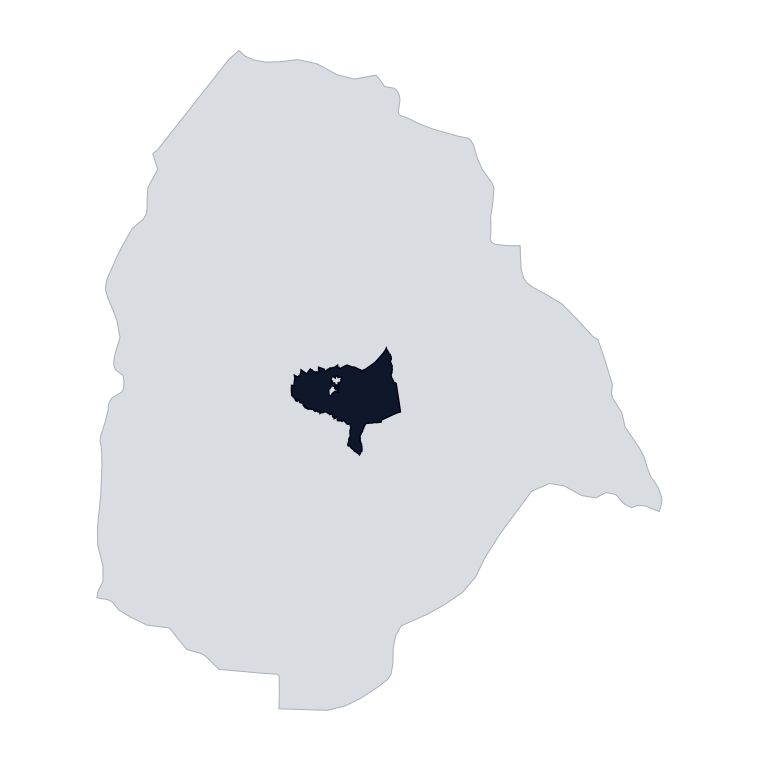 location of Kwekwe, Midlands, Zimbabwe, rotated 182°
{"feature_id": "62879985B25079588336993", "entity_name": "Kwekwe", "entity_type": "district", "adm_level": 2, "iso_a3": "ZWE", "parent_name": "Zimbabwe", "parent_adm1": "Midlands", "projection": "equal_earth", "projection_center": [29.733, -18.821], "detail": "fine", "context": "in_parent", "style": "filled", "palette": "ink", "viewbox_px": 768, "rotation_deg": 182, "n_neighbors": 0, "source": "geoboundaries", "source_scale": "gbopen_adm2", "svg_char_len": 8091}
<svg xmlns="http://www.w3.org/2000/svg" viewBox="0 0 768 768"><g transform="rotate(182 384 384)"><path d="M540.7,712.3L534.2,706.8L525.3,703.2L514.1,701.6L499.4,702.3L481.4,705.3L462.1,701.6L441.5,691.4L424.3,687.7L403.8,692.2L402.9,692.3L399.4,688.8L393.8,681.3L384.4,680.0L381.9,678.2L379.8,675.4L378.4,671.8L377.9,667.9L379.4,655.5L378.6,654.1L376.1,652.6L370.9,651.1L358.6,645.5L343.1,640.1L317.9,634.1L308.2,632.6L305.9,630.7L303.0,626.2L298.2,611.9L293.6,602.5L282.7,588.0L280.9,583.5L281.4,572.0L282.2,562.7L283.3,554.7L282.7,547.3L282.5,538.1L282.9,532.0L281.4,529.3L277.4,527.4L266.2,526.6L252.7,526.9L252.2,517.6L250.8,503.1L248.2,494.7L245.1,490.4L238.8,485.9L226.1,479.7L208.9,470.2L194.1,456.3L177.1,438.9L171.8,435.9L165.4,419.5L155.7,391.5L156.3,382.2L154.8,377.6L145.5,363.9L143.4,356.7L141.7,349.5L126.8,329.3L121.7,320.5L117.8,309.2L113.9,300.1L110.7,296.4L106.5,290.3L103.5,283.2L102.1,278.0L103.1,271.0L104.5,266.1L118.6,271.2L126.2,271.6L132.2,269.1L139.6,272.4L148.5,281.6L158.2,283.3L168.5,277.6L182.6,279.4L200.4,288.5L215.1,290.3L232.5,282.2L248.0,259.8L262.6,238.6L276.9,214.2L285.6,194.5L298.3,178.5L315.1,166.1L332.3,155.6L358.5,142.8L363.7,132.3L365.5,120.7L365.4,104.7L366.8,94.3L369.5,89.5L373.9,85.8L379.5,81.0L396.8,68.8L411.4,61.0L429.1,55.9L448.4,55.8L467.1,55.8L477.7,55.7L477.8,71.2L478.6,88.6L480.7,90.3L494.7,90.6L517.2,91.9L538.9,93.0L552.7,105.7L557.4,108.3L571.8,111.7L590.1,132.7L612.2,134.7L627.3,141.3L640.7,148.5L648.4,157.1L653.3,159.1L660.1,159.7L663.4,160.5L662.6,166.7L658.0,177.2L658.5,192.3L664.6,213.2L665.3,231.4L663.2,263.4L663.1,294.3L663.7,305.4L664.6,312.7L665.9,316.7L665.6,321.3L661.9,334.2L658.8,347.9L658.7,353.4L657.5,357.2L655.3,360.6L645.7,366.9L644.0,370.8L644.0,377.8L645.2,383.8L648.8,385.9L653.1,389.3L654.8,393.7L654.8,398.4L653.3,407.0L649.4,421.3L653.1,437.8L657.3,448.4L663.2,460.8L665.6,468.4L665.4,473.8L664.5,479.1L655.5,501.6L649.0,515.6L641.1,530.6L630.7,539.9L628.0,544.4L626.9,549.6L627.2,560.8L626.7,572.5L617.7,590.5L623.1,606.0L621.9,607.4L618.9,609.6L606.1,627.0L593.2,644.6L583.8,657.4L573.1,672.1L561.1,688.4L550.8,702.4L540.7,712.3Z" fill="#d9dde1" stroke="#a8b0b8" stroke-width="1"/><path d="M383.0,419.8L383.5,418.4L385.8,414.7L389.8,409.8L393.6,405.3L402.7,398.3L406.4,396.5L414.3,399.9L416.2,399.8L421.6,401.6L425.1,399.9L429.0,397.4L429.6,399.0L430.7,398.5L431.0,401.2L433.9,399.0L437.1,398.2L438.6,398.0L438.5,397.7L440.7,396.7L443.2,394.2L444.2,396.6L449.9,398.5L449.8,392.7L450.0,392.4L450.8,392.6L450.8,393.0L450.9,393.3L451.4,393.5L451.8,393.4L451.9,393.7L452.1,393.7L452.2,393.1L452.8,393.5L453.4,393.3L453.5,393.4L454.7,394.1L455.0,394.2L455.2,394.4L456.1,394.6L456.1,395.1L456.3,395.5L456.9,395.5L458.1,396.4L461.7,391.4L467.4,395.2L467.4,394.6L467.3,393.9L467.5,393.2L467.5,392.4L468.2,390.5L468.1,390.0L468.3,389.7L468.3,389.0L469.4,389.1L469.7,388.3L470.7,388.3L470.8,388.0L471.2,388.1L471.7,388.6L471.9,388.7L473.1,389.0L473.7,389.8L473.9,389.8L473.3,387.0L473.7,382.6L473.8,379.2L475.2,379.4L476.3,379.4L476.3,374.0L475.7,369.2L475.2,368.8L474.4,368.8L474.3,368.6L474.2,367.8L473.8,367.8L473.4,367.1L473.1,367.1L472.4,366.5L472.0,365.9L472.3,365.7L471.9,365.1L471.8,364.5L471.6,364.2L471.2,364.2L470.6,363.8L470.1,363.7L469.7,364.2L469.6,364.6L468.9,364.9L468.5,365.0L468.5,364.7L468.1,364.4L468.0,364.1L467.7,363.6L467.5,362.7L467.4,362.6L467.1,362.9L466.8,362.6L466.5,362.6L466.0,362.2L465.7,362.5L465.3,362.3L465.0,362.4L464.7,362.3L464.2,361.1L464.1,360.4L464.0,360.1L463.6,359.5L462.3,358.2L462.2,357.9L461.8,357.4L461.3,357.4L460.3,356.9L459.6,356.9L459.3,356.3L458.8,356.5L458.2,356.2L457.4,356.8L456.9,356.4L456.3,356.6L456.1,356.2L455.9,356.1L455.6,356.3L455.4,356.2L453.9,356.6L453.6,356.2L453.7,355.7L453.5,355.3L453.1,355.1L452.6,355.3L452.4,355.0L452.3,354.4L451.5,354.2L451.1,354.4L450.9,354.7L450.7,355.3L450.0,355.7L449.8,355.5L449.7,354.8L449.3,354.0L449.0,353.9L448.2,354.1L447.9,353.9L447.3,353.4L447.0,352.5L446.8,352.8L446.4,352.8L445.3,353.7L444.9,353.2L444.3,353.8L444.1,353.8L443.8,353.3L443.7,353.3L443.3,353.9L443.3,354.6L443.1,354.8L442.5,354.7L442.4,354.6L442.3,354.1L442.1,353.9L441.7,354.0L440.9,354.7L440.7,354.0L440.4,353.9L440.3,354.0L439.9,353.4L439.3,353.2L438.9,352.8L438.6,353.0L438.4,353.5L438.2,353.5L438.1,353.2L438.1,352.8L437.8,352.2L437.2,351.6L436.7,351.8L436.6,352.5L436.3,352.7L436.1,352.6L435.8,352.3L435.2,351.9L434.6,352.0L434.4,351.7L434.2,350.6L434.3,350.0L434.2,349.7L433.7,349.2L433.3,349.5L432.8,349.5L432.8,349.1L432.5,348.7L432.4,348.5L432.6,347.7L431.5,348.0L431.1,348.4L430.6,349.1L430.1,349.1L429.5,348.9L429.4,347.6L429.5,346.6L429.1,345.8L428.4,345.7L427.5,346.2L426.9,345.7L426.7,345.7L426.3,346.0L425.2,345.7L424.7,345.2L424.4,345.1L424.2,345.2L423.6,346.2L423.2,346.3L422.9,346.0L422.6,346.1L422.3,345.9L421.5,344.7L421.0,344.6L420.6,343.9L419.5,342.7L418.9,342.5L418.3,342.5L417.9,342.7L417.6,343.2L416.6,342.9L416.3,342.6L416.4,341.8L415.9,340.2L415.7,338.4L415.7,337.8L416.2,337.0L416.4,336.3L416.2,335.0L416.3,333.8L415.9,333.3L416.2,332.7L415.7,330.5L416.1,329.7L416.7,329.5L416.8,328.4L417.0,327.9L417.3,327.8L417.3,327.6L417.1,327.1L417.1,325.9L417.9,323.2L418.1,322.2L417.9,321.2L417.6,320.9L417.3,320.8L416.7,321.1L416.3,320.9L415.9,321.0L415.5,320.6L415.2,319.6L414.8,319.1L412.4,317.4L411.4,316.0L411.1,316.0L410.4,315.4L409.9,315.4L409.6,315.3L408.2,314.0L407.2,313.9L406.9,313.4L406.1,312.4L405.8,313.0L405.4,313.4L405.5,313.8L405.2,314.0L405.4,314.6L405.3,314.8L405.1,314.9L404.9,315.2L404.5,315.5L404.4,316.1L403.7,316.3L403.9,317.2L403.8,317.9L403.7,318.4L404.2,319.1L404.0,319.8L404.1,320.2L403.8,320.5L404.4,321.6L404.5,321.9L404.3,322.6L404.5,322.8L404.8,323.9L405.3,324.8L405.5,325.0L405.5,325.3L405.9,325.6L405.6,326.2L406.1,327.2L405.9,327.9L406.2,328.4L406.2,328.6L405.8,328.9L405.7,329.1L406.1,329.6L406.3,329.6L406.3,329.8L406.1,331.2L406.2,331.7L405.8,332.2L405.8,332.6L405.5,332.7L405.3,332.9L405.0,333.6L405.0,334.2L404.6,334.6L404.3,335.3L404.0,335.7L404.1,336.1L403.8,336.3L403.7,337.5L403.8,337.7L403.7,338.2L403.4,338.5L403.2,338.4L403.1,338.6L402.9,338.8L402.8,339.0L402.9,339.9L402.3,340.7L402.2,341.1L402.2,342.1L402.0,342.4L401.8,342.4L401.6,342.3L401.3,342.5L401.3,342.9L401.2,343.4L400.8,343.8L400.6,343.8L400.3,344.3L399.7,344.5L399.0,344.1L398.1,344.2L397.7,344.3L397.0,344.7L396.6,344.5L396.4,344.6L396.1,344.5L395.8,344.6L395.4,344.5L394.7,344.8L394.3,344.6L393.2,345.2L392.7,345.0L392.0,345.3L391.2,345.2L390.9,345.4L390.1,345.1L385.6,345.9L385.3,347.9L376.4,352.5L370.7,355.3L366.6,356.7L369.4,371.9L369.6,372.3L369.6,372.9L371.8,384.5L371.9,384.9L372.7,385.5L373.4,385.7L373.8,385.4L374.2,385.6L374.7,385.6L374.7,385.9L374.5,386.6L374.5,387.2L375.0,387.4L375.3,387.8L375.7,389.3L376.4,389.9L376.6,390.8L377.1,391.9L377.0,392.3L377.1,392.5L377.4,392.5L377.4,393.3L377.6,393.5L377.5,393.8L377.1,394.0L377.1,394.5L376.7,395.0L376.5,395.8L376.9,396.2L376.7,396.8L376.4,397.3L376.3,399.0L376.4,399.3L376.4,399.7L376.8,400.7L376.4,401.3L376.6,401.6L376.7,402.3L376.5,402.6L377.4,403.8L377.5,404.9L377.9,405.4L378.7,407.1L377.7,408.7L377.6,409.6L377.8,410.2L377.8,411.3L377.9,411.7L378.4,412.2L378.8,413.0L378.8,413.7L379.8,413.9L380.2,414.6L380.5,415.7L380.8,416.1L381.4,416.4L381.6,416.6L381.5,417.3L381.6,417.6L382.5,418.5L382.8,419.2L383.0,419.8ZM430.7,379.0L429.9,381.4L432.8,381.5L433.5,383.3L436.2,383.0L436.1,383.7L435.6,385.0L437.2,386.0L436.4,389.5L435.3,389.6L434.4,389.2L434.2,389.7L433.5,389.2L433.4,388.9L433.5,388.6L433.0,388.3L432.8,389.7L430.6,390.9L430.3,388.9L426.9,389.5L426.6,387.1L427.2,386.9L426.9,384.5L429.9,383.6L429.9,383.1L429.2,382.3L429.2,381.8L429.0,381.4L429.2,379.6L429.0,378.4L430.7,379.0ZM436.5,369.8L437.7,369.8L437.8,370.3L438.1,370.6L438.7,370.7L438.8,373.1L439.2,376.8L438.9,376.8L437.7,377.6L436.6,380.1L435.6,380.5L432.9,379.6L433.1,378.4L432.5,378.7L432.5,378.0L432.2,377.8L432.2,377.2L432.2,376.8L429.5,376.0L429.3,375.8L430.3,375.3L430.5,374.9L429.6,374.8L429.5,374.2L429.1,374.1L429.1,373.7L432.8,374.9L435.5,372.5L435.7,371.8L435.9,371.4L436.2,371.2L436.5,370.8L436.5,369.8Z" fill="#0f172a" stroke="#020617" stroke-width="1.5"/></g></svg>